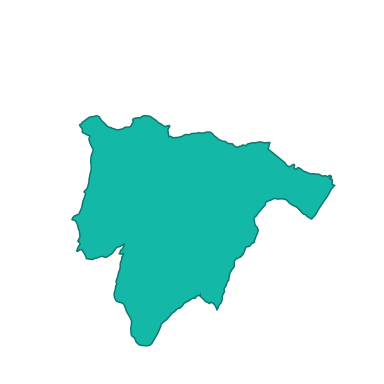 the district of Tibana, Boyacá, Colombia, rotated 331°
{"feature_id": "7082276B18442466536693", "entity_name": "Tibana", "entity_type": "district", "adm_level": 2, "iso_a3": "COL", "parent_name": "Colombia", "parent_adm1": "Boyacá", "projection": "mercator", "projection_center": [-73.383, 5.308], "detail": "fine", "context": "isolated", "style": "filled", "palette": "teal", "viewbox_px": 384, "rotation_deg": 331, "n_neighbors": 0, "source": "geoboundaries", "source_scale": "gbopen_adm2", "svg_char_len": 6018}
<svg xmlns="http://www.w3.org/2000/svg" viewBox="0 0 384 384"><g transform="rotate(331 192 192)"><path d="M126.4,78.7L126.0,80.0L126.6,83.5L126.2,84.8L125.3,85.8L125.1,86.4L125.2,87.0L125.9,88.1L127.1,89.6L128.2,91.5L129.6,93.1L129.8,93.7L127.7,95.4L127.1,96.9L126.3,101.5L126.3,104.5L126.0,107.3L125.2,108.3L122.0,110.9L120.5,112.7L118.0,116.4L116.5,120.3L114.9,123.2L113.7,124.6L111.0,127.5L107.9,131.3L106.5,133.6L103.0,137.2L101.3,138.4L98.6,138.9L97.9,139.3L97.6,139.8L98.0,140.5L98.0,141.5L97.8,142.2L95.3,144.6L92.2,147.2L88.2,151.9L86.2,153.6L82.7,156.2L81.8,156.5L79.1,156.1L77.0,156.0L75.4,156.6L74.0,157.6L73.7,158.0L75.5,159.8L75.8,160.5L76.1,161.2L76.2,162.0L75.9,165.2L74.6,169.8L74.5,172.0L73.0,175.0L72.5,176.6L72.1,177.1L69.0,179.1L68.4,179.7L68.3,180.0L69.1,180.6L69.1,180.9L68.8,181.2L69.1,181.7L69.1,183.0L68.8,183.4L67.2,184.1L66.2,184.7L64.0,186.4L62.6,187.8L62.8,188.1L63.2,188.5L65.8,188.3L66.6,188.4L67.3,188.8L67.6,189.2L67.8,189.9L68.0,194.1L67.7,198.1L67.3,199.1L72.1,202.8L75.5,203.1L77.0,203.7L80.7,204.2L81.8,204.5L83.1,205.5L84.7,207.2L85.4,207.5L87.5,207.5L89.1,207.2L91.2,207.2L92.8,206.9L99.4,203.9L101.5,204.5L103.1,204.7L106.4,204.9L107.1,204.6L107.0,205.1L106.0,206.5L104.1,207.6L103.4,208.1L101.6,208.4L100.4,209.1L99.7,210.2L99.2,210.5L98.5,210.7L98.8,211.1L100.0,212.0L102.3,212.8L100.5,214.3L99.1,214.9L97.2,217.5L95.4,218.8L93.8,221.0L92.7,223.1L91.0,225.0L89.5,226.3L88.6,226.9L85.9,230.1L82.3,233.2L81.9,234.4L81.6,235.8L81.2,236.4L79.8,237.1L77.2,240.5L74.4,243.3L73.1,246.7L72.9,248.8L72.9,249.9L73.4,251.4L74.1,252.3L76.7,254.8L77.2,255.6L77.7,256.5L77.9,258.7L76.8,265.1L77.0,272.6L76.5,275.8L73.8,279.8L72.4,281.3L69.9,286.7L69.6,288.2L69.9,289.5L70.6,290.7L70.9,292.0L70.9,293.4L70.5,295.0L70.6,296.8L71.2,299.0L71.7,300.1L72.9,301.2L74.4,302.4L78.7,305.0L80.4,305.4L81.7,305.5L83.6,304.9L93.3,299.1L95.0,297.9L99.2,294.6L100.6,292.9L101.4,292.6L104.5,291.8L107.0,291.5L109.6,290.8L110.2,290.4L113.3,289.5L114.4,288.9L115.9,288.4L118.0,288.2L122.6,287.1L123.6,287.1L124.1,286.9L124.7,287.6L125.3,287.8L126.4,287.3L128.0,287.1L130.4,285.9L131.5,285.6L134.1,285.5L137.6,285.6L139.2,285.3L141.0,285.3L141.7,285.5L142.6,286.3L143.2,286.4L144.3,286.1L144.5,285.6L145.0,285.2L147.2,285.7L148.1,286.1L148.6,286.0L149.5,285.6L148.8,286.8L148.7,287.5L150.1,291.2L150.2,292.4L151.1,295.0L152.2,296.2L153.0,297.9L153.5,298.0L154.7,297.6L155.0,297.7L156.1,298.9L156.6,299.7L157.2,302.6L157.0,305.6L156.7,306.6L156.7,307.1L158.6,306.1L159.7,304.7L160.8,304.2L163.4,303.1L165.4,301.7L166.8,300.2L167.2,298.9L167.8,298.0L169.3,296.7L171.5,295.3L172.4,294.5L172.7,293.0L173.2,292.2L173.6,291.8L175.9,290.8L176.9,290.0L178.7,288.1L179.7,287.6L181.4,286.9L183.0,284.5L184.2,283.4L184.9,282.2L186.0,281.3L189.0,279.4L191.7,278.3L192.6,277.6L193.3,276.9L195.2,273.5L196.1,272.6L197.5,272.1L201.3,272.1L203.3,272.4L203.7,272.3L205.3,271.4L206.3,271.5L206.9,270.6L208.3,269.9L211.2,267.4L212.3,266.6L213.1,266.3L214.5,267.0L216.1,267.3L217.2,267.0L218.4,266.4L219.5,266.1L221.7,266.3L222.4,266.1L222.6,265.9L222.8,265.2L223.0,264.9L225.6,262.5L229.3,259.8L231.4,257.6L231.8,255.6L231.8,253.9L231.2,251.7L231.2,251.1L231.9,249.4L232.6,246.5L233.0,245.6L233.9,244.9L235.0,244.4L236.3,244.2L240.0,242.4L249.3,239.0L250.6,238.1L251.1,237.3L252.1,236.6L258.3,237.4L260.0,237.4L261.3,237.8L262.7,238.9L263.6,239.9L264.7,240.3L265.1,240.3L266.7,241.3L267.7,241.7L270.3,244.0L270.8,244.9L270.9,245.7L271.6,247.5L271.6,248.3L271.8,248.8L272.4,249.9L273.0,251.4L275.7,255.2L276.6,256.6L276.7,257.8L277.9,261.9L278.2,263.8L278.4,264.5L279.4,266.1L280.5,267.1L280.7,268.7L282.6,272.4L283.5,273.6L287.8,272.2L289.6,271.4L295.1,268.0L308.4,261.3L311.0,259.8L315.2,257.0L319.9,255.4L318.7,253.7L318.3,253.4L318.2,253.0L319.5,251.3L320.6,249.7L320.6,249.0L320.5,248.6L319.8,248.0L318.9,247.6L318.9,246.8L319.7,246.0L320.2,246.2L320.6,246.7L321.2,246.7L321.4,245.8L321.0,244.6L320.7,244.3L320.2,244.2L318.3,244.3L317.5,244.0L317.3,243.4L316.8,242.7L315.8,242.1L314.2,241.5L313.5,240.9L313.0,240.5L312.4,239.1L311.6,238.0L311.1,237.6L310.4,237.1L309.1,236.5L306.9,234.7L305.8,234.4L304.7,233.7L303.2,232.1L299.8,227.9L299.0,226.5L298.5,224.8L297.8,223.5L297.3,223.1L297.2,222.5L296.8,222.2L296.1,222.0L294.9,222.5L293.8,222.5L293.3,222.4L293.3,221.6L292.8,220.8L292.8,220.5L294.2,218.6L294.8,218.2L294.5,217.2L294.1,217.0L289.3,217.2L287.7,214.5L287.6,211.8L279.4,191.3L283.9,186.7L284.0,186.4L279.5,184.2L278.5,183.5L276.7,181.8L275.4,181.0L273.2,180.2L271.4,179.8L270.7,179.3L267.7,177.9L266.5,177.7L264.8,177.1L264.3,177.0L263.1,177.2L262.1,177.7L261.3,177.5L260.8,176.6L259.3,175.6L258.6,175.4L257.4,175.7L256.6,175.5L255.8,175.1L253.8,175.1L253.1,174.7L251.4,172.4L250.7,169.6L250.5,169.1L249.1,168.6L248.4,167.8L247.2,167.1L246.7,166.4L246.1,165.0L245.4,163.7L244.9,163.3L243.5,162.6L242.2,160.7L240.9,159.3L240.0,156.5L238.7,153.7L238.1,150.6L237.0,148.6L235.8,147.7L235.2,147.3L233.7,146.7L229.7,145.6L228.6,144.9L226.9,143.5L225.8,143.1L224.2,142.9L222.7,141.9L220.1,140.7L219.2,140.6L218.1,140.7L217.6,140.6L217.1,140.4L215.2,139.1L214.4,138.7L213.2,138.4L210.1,138.5L206.1,137.4L202.5,135.7L201.5,135.1L201.1,134.5L201.0,134.1L200.6,133.4L200.3,133.0L199.8,132.6L198.4,132.1L199.2,130.8L200.7,126.7L201.4,125.5L204.5,123.7L204.5,123.4L204.1,122.7L203.5,122.4L202.6,122.2L201.0,122.0L199.6,121.1L198.6,119.3L198.1,117.7L196.4,115.3L195.9,114.1L195.5,112.5L194.9,111.0L193.3,108.3L192.9,107.0L192.5,106.3L191.6,105.1L188.0,102.4L186.4,101.8L185.7,101.7L182.8,101.9L181.6,101.5L180.5,100.6L179.0,100.3L178.2,99.9L177.1,99.6L175.7,99.7L175.0,100.2L174.9,100.5L175.1,101.5L174.5,102.2L170.4,104.7L169.7,104.9L168.1,104.6L165.4,103.1L164.1,102.9L162.6,103.1L161.3,103.0L159.0,102.2L157.8,102.0L156.3,101.2L155.5,100.0L154.3,98.9L152.7,97.1L152.6,96.7L152.0,96.0L150.1,94.4L149.8,93.4L149.1,90.6L147.6,85.8L147.3,83.2L147.4,81.4L145.7,79.1L145.0,78.8L142.6,78.4L140.3,77.3L138.5,76.9L135.6,77.1L131.9,77.7L129.9,77.8L128.4,78.8L126.4,78.7Z" fill="#14b8a6" stroke="#0f766e" stroke-width="1.5"/></g></svg>